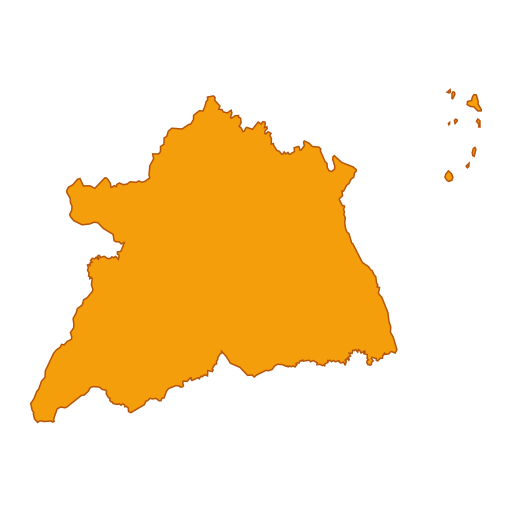 Sinjai, Sulawesi Selatan, Indonesia
{"feature_id": "22746128B62270956264702", "entity_name": "Sinjai", "entity_type": "district", "adm_level": 2, "iso_a3": "IDN", "parent_name": "Indonesia", "parent_adm1": "Sulawesi Selatan", "projection": "natural_earth1", "projection_center": [120.178, -5.197], "detail": "fine", "context": "isolated", "style": "filled", "palette": "amber", "viewbox_px": 512, "rotation_deg": 0, "n_neighbors": 0, "source": "geoboundaries", "source_scale": "gbopen_adm2", "svg_char_len": 6029}
<svg xmlns="http://www.w3.org/2000/svg" viewBox="0 0 512 512"><path d="M54.2,421.3L53.6,420.3L54.1,417.6L57.1,409.0L60.7,407.0L65.0,407.8L66.9,407.0L81.4,395.4L84.2,395.0L88.1,391.5L90.4,387.5L92.9,386.6L99.6,387.1L102.0,389.4L105.7,390.1L106.5,391.4L106.2,393.7L108.4,397.6L109.9,398.1L109.8,400.3L110.6,401.6L112.0,401.9L113.2,403.6L117.4,404.4L119.3,403.9L121.0,405.2L122.7,403.9L124.6,404.9L124.8,406.8L126.2,406.4L128.2,407.8L128.5,411.5L130.7,412.7L144.2,404.8L146.2,400.9L147.4,400.8L150.3,398.2L152.2,399.0L156.0,398.4L159.1,400.8L161.0,400.7L161.9,398.3L164.1,397.9L166.3,391.6L168.5,388.6L175.6,385.7L179.0,385.8L180.3,387.1L182.5,386.9L183.5,385.7L182.7,382.9L183.3,381.1L187.2,381.4L190.2,377.9L191.2,377.9L191.2,379.8L192.0,380.5L198.0,377.7L199.2,378.8L201.0,376.3L202.4,376.7L204.6,374.7L207.5,375.9L207.8,370.5L212.3,371.6L213.1,369.9L212.2,368.7L214.8,364.5L216.6,363.9L216.5,361.3L217.8,359.4L217.7,357.7L220.3,353.7L221.7,353.0L221.6,351.3L226.3,356.5L230.4,363.2L240.0,367.4L247.6,375.4L252.0,375.0L254.2,377.0L256.8,374.9L266.1,370.3L268.4,370.8L272.2,369.4L274.4,366.2L277.6,364.2L282.6,364.7L286.0,366.3L287.6,366.0L288.1,366.9L289.3,366.1L291.4,366.7L293.4,366.0L295.0,367.0L296.9,364.6L296.0,363.7L297.4,362.8L299.0,363.1L299.7,361.4L300.8,360.6L301.8,361.0L302.7,360.0L303.4,361.1L309.1,360.2L310.7,361.8L313.3,360.5L317.4,362.9L316.8,364.6L320.3,364.4L322.4,365.6L323.5,365.1L324.6,365.8L325.0,363.9L327.9,362.4L327.8,360.6L328.8,361.0L329.7,360.1L331.5,361.7L333.5,360.6L335.7,361.8L338.9,360.6L339.2,361.8L340.7,363.0L343.7,362.2L344.7,364.7L345.4,364.8L346.3,361.0L345.1,360.1L347.1,358.6L348.8,360.3L349.2,359.2L348.1,357.3L350.6,356.0L349.1,353.1L352.1,353.4L352.8,350.3L354.3,350.6L355.7,349.5L357.7,352.1L358.4,349.6L360.0,350.8L361.0,353.0L364.7,351.0L365.0,352.2L363.9,352.5L363.8,353.7L367.3,354.6L367.1,358.5L368.4,359.7L367.0,360.9L366.8,362.4L367.7,364.5L370.2,365.2L371.5,364.2L371.5,362.5L373.2,360.8L371.4,358.7L371.8,357.3L376.2,358.6L376.4,360.4L377.7,360.9L380.3,358.3L382.5,358.2L382.7,356.2L383.7,354.3L384.6,354.5L384.6,353.3L385.9,354.3L388.8,353.9L390.1,352.1L391.6,351.6L395.2,353.0L396.9,349.6L393.3,337.3L390.4,332.2L390.8,327.3L388.9,320.9L387.9,312.6L381.9,297.5L378.4,293.3L379.5,287.5L377.0,286.7L377.8,284.9L376.5,282.8L375.8,276.7L374.0,274.7L372.2,270.7L370.7,269.9L368.5,266.7L362.3,262.4L352.7,243.5L351.8,243.3L349.0,233.8L346.8,231.7L345.7,229.0L344.7,223.2L345.3,217.7L343.9,214.8L344.4,211.6L343.5,209.5L344.6,206.6L343.9,205.6L342.4,205.7L339.4,199.8L339.4,198.7L342.6,195.6L341.9,191.2L343.6,191.1L346.8,185.0L349.0,183.5L350.9,179.3L353.7,177.3L354.6,172.7L356.3,171.0L356.3,169.8L353.3,167.0L341.8,162.5L334.2,155.6L333.0,156.8L332.7,159.4L334.7,166.0L334.6,169.0L331.7,171.5L329.2,170.9L327.3,167.7L327.0,163.4L325.0,161.5L320.4,150.9L320.8,149.0L318.8,147.1L312.4,146.5L309.2,143.3L304.3,141.0L303.6,142.1L304.3,145.9L300.8,150.3L299.8,150.1L299.2,147.0L298.3,146.4L294.1,147.8L294.5,151.4L290.5,154.1L289.2,154.3L288.0,152.4L285.8,153.9L284.2,151.9L282.8,154.2L281.6,154.2L279.4,151.4L276.8,150.4L273.6,145.2L273.4,143.6L271.3,144.1L271.4,138.4L269.8,135.4L271.0,133.3L268.1,131.8L265.8,134.0L264.8,133.3L264.9,131.1L267.2,128.6L266.9,126.8L264.5,127.7L265.3,123.6L265.0,122.1L262.7,121.7L261.1,124.1L258.2,122.0L252.4,129.3L246.9,127.4L245.7,128.1L244.3,131.2L242.9,131.6L241.1,127.8L239.1,126.4L241.1,122.8L240.6,118.2L238.6,117.0L238.5,115.5L235.1,115.8L231.5,118.2L230.5,117.5L231.9,112.9L231.1,110.2L227.4,112.9L223.2,111.9L221.9,109.5L218.8,109.4L219.9,106.1L214.7,100.2L215.1,97.8L213.5,95.9L207.4,97.1L207.8,99.8L206.0,101.9L205.0,106.3L202.8,111.1L199.4,110.7L193.6,115.3L193.4,119.8L190.6,124.2L188.9,124.4L182.0,129.0L171.9,128.2L168.3,131.2L166.7,136.5L164.1,137.9L163.9,144.3L160.5,146.5L160.5,150.9L159.8,152.8L157.9,154.0L152.6,153.9L153.6,158.8L149.8,165.8L149.0,174.7L149.7,177.9L145.0,181.3L142.0,182.3L138.6,180.9L136.6,182.3L130.1,181.8L127.2,184.0L123.5,184.7L119.3,183.0L116.9,184.4L116.2,186.6L114.1,185.6L111.8,187.4L111.0,187.3L110.3,183.3L108.0,179.6L106.2,177.8L104.8,177.9L94.8,188.4L89.9,185.8L83.4,185.9L80.0,178.5L77.5,179.3L72.8,184.8L68.6,187.1L66.9,190.0L66.8,192.5L70.1,198.1L70.5,202.9L72.0,206.2L71.7,210.4L69.6,214.6L70.7,217.0L73.8,220.7L82.1,224.8L89.5,224.0L94.2,222.2L97.9,222.7L103.1,228.3L113.1,234.4L114.1,240.7L116.2,241.8L119.2,241.9L121.2,243.9L124.3,242.7L120.8,251.4L117.4,252.0L117.4,254.2L118.8,254.7L119.0,256.1L118.3,259.3L115.6,256.4L113.8,257.6L111.8,256.9L110.8,258.1L108.1,258.8L104.2,256.3L100.6,257.4L99.5,255.5L98.3,255.4L97.4,256.6L98.9,258.3L98.5,259.3L96.0,257.4L94.6,258.8L92.2,258.3L90.6,260.6L92.2,262.1L90.1,262.9L90.1,265.5L88.5,264.5L87.4,265.0L88.4,267.4L87.5,270.3L89.0,273.0L88.6,276.1L89.8,276.7L89.8,278.7L91.4,277.6L92.2,278.6L91.4,285.0L92.8,288.9L92.6,291.0L87.2,297.7L83.6,299.8L82.3,304.9L77.3,308.7L76.2,312.9L73.1,318.5L73.9,325.0L73.5,328.1L70.4,332.6L71.8,337.0L71.4,339.4L67.2,341.4L64.1,344.9L61.6,344.4L60.2,347.2L56.4,349.9L53.5,353.5L45.3,371.0L45.0,377.3L41.5,381.2L38.6,389.4L36.9,391.1L34.0,398.6L30.7,403.6L32.1,410.0L33.7,412.6L33.3,413.7L34.5,419.0L37.6,422.4L39.5,421.1L41.7,420.9L43.7,421.6L51.0,421.0L52.5,422.1L54.2,421.3ZM478.1,101.1L476.3,94.9L474.0,94.6L472.5,96.7L471.5,100.5L467.5,101.5L467.1,104.5L470.4,106.5L473.9,106.8L477.8,110.9L481.2,110.9L481.3,109.5L478.1,104.3L478.1,101.1ZM448.9,181.3L451.8,180.3L452.9,177.5L451.6,173.9L448.5,170.9L445.8,174.1L444.9,177.2L447.2,180.6L448.9,181.3ZM474.2,156.3L475.9,149.4L474.9,147.4L473.3,148.6L472.2,152.7L472.8,155.6L474.2,156.3ZM480.0,127.0L479.9,120.6L477.8,119.1L476.5,121.3L479.0,124.5L478.6,126.9L480.0,127.0ZM453.1,91.8L452.0,93.6L452.0,98.4L452.7,98.7L454.9,94.4L454.5,92.4L453.1,91.8ZM455.1,123.5L457.4,120.8L456.9,119.6L455.4,119.2L454.4,120.7L455.1,123.5ZM449.3,93.0L450.5,92.1L450.1,89.6L447.1,92.2L449.3,93.0ZM467.4,167.8L468.8,166.5L469.0,163.2L466.1,166.2L467.4,167.8ZM448.9,124.8L449.6,123.9L449.6,122.4L448.4,123.5L448.9,124.8Z" fill="#f59e0b" stroke="#b45309" stroke-width="1.5"/></svg>